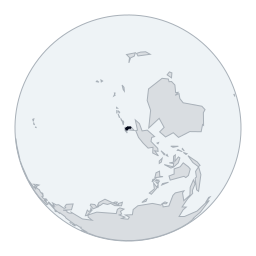 East New Britain on an orthographic globe, rotated 212°
{"feature_id": "PNG-1250", "entity_name": "East New Britain", "entity_type": "Province", "adm_level": 1, "iso_a3": "PNG", "parent_name": "Papua New Guinea", "parent_adm1": "", "projection": "orthographic", "projection_center": [151.672, -5.126], "detail": "fine", "context": "on_globe", "style": "filled", "palette": "ink", "viewbox_px": 256, "rotation_deg": 212, "n_neighbors": 0, "source": "natural_earth", "source_scale": "10m", "svg_char_len": 6723}
<svg xmlns="http://www.w3.org/2000/svg" viewBox="0 0 256 256"><g transform="rotate(212 128 128)"><circle cx="128" cy="128" r="113" fill="#eef3f6" stroke="#a8b0b8"/><path d="M179.4,150.5L179.4,151.4L179.2,151.5L179.4,150.5ZM217.6,59.7L213.4,54.6L202.6,43.6L203.2,44.2L210.8,51.6L217.6,59.7ZM200.3,41.6L199.2,40.7L198.2,40.0L185.3,31.3L176.0,27.6L176.2,28.8L173.7,27.0L176.2,31.4L173.2,32.5L174.7,29.9L173.4,28.7L170.4,28.6L168.4,27.3L165.8,26.7L163.7,25.4L164.7,24.4L163.4,23.6L161.4,23.6L158.0,22.6L161.2,22.6L155.6,20.9L156.3,19.7L166.5,22.2L165.8,21.9L173.2,24.8L180.4,28.3L187.3,32.3L194.0,36.7L200.3,41.6ZM212.7,85.9L211.8,83.4L213.4,84.9L212.7,85.9ZM210.5,82.0L211.0,82.8L210.5,82.1L210.5,82.0ZM209.7,81.5L210.3,81.8L209.7,81.7L209.7,81.5ZM208.6,81.2L209.2,81.3L208.6,81.2ZM206.7,80.0L206.2,79.7L206.7,79.5L206.7,80.0ZM202.1,43.2L201.6,42.7L198.1,40.0L199.4,40.9L201.3,42.5L202.1,43.2ZM192.2,35.9L192.2,35.7L195.3,38.0L194.4,37.4L192.2,35.9ZM176.8,30.2L178.2,30.3L177.5,30.7L176.8,30.2ZM165.8,26.9L166.1,27.3L164.6,26.9L165.8,26.9ZM160.1,24.5L157.7,23.8L160.3,24.3L160.1,24.5ZM156.4,23.3L150.6,21.9L150.6,22.6L147.2,20.1L153.3,21.9L156.5,22.3L155.4,22.6L156.4,23.3ZM146.2,19.1L145.0,18.8L146.5,19.0L146.2,19.1ZM85.2,23.8L86.5,23.3L87.6,22.9L95.0,20.3L94.8,20.4L98.0,19.4L110.4,16.9L111.2,17.3L107.3,18.0L114.7,17.8L115.1,19.0L116.3,18.4L120.7,18.5L120.6,18.1L121.5,17.9L132.7,18.7L134.4,19.5L140.6,20.0L141.2,19.8L140.3,19.3L147.2,20.1L150.6,22.6L149.0,22.8L152.2,24.5L148.0,24.8L146.1,26.2L139.6,26.0L138.6,27.4L140.0,28.0L139.8,30.6L134.3,34.5L132.6,28.7L139.5,23.9L136.1,25.4L135.1,24.4L132.7,24.7L130.5,26.0L131.4,26.5L118.5,26.7L109.5,30.8L114.6,31.3L115.7,33.2L109.9,40.1L92.6,49.2L93.9,53.4L92.6,55.9L88.4,57.1L90.2,53.3L87.8,51.7L89.4,49.6L83.4,50.8L85.4,47.9L79.7,50.6L79.6,53.1L84.2,52.8L78.3,56.8L80.4,61.6L78.4,67.3L67.3,77.0L59.4,80.0L58.4,81.9L56.4,79.7L52.0,83.5L54.2,94.7L53.5,98.0L47.2,104.4L47.4,101.9L42.2,95.9L39.9,103.9L43.8,110.6L45.0,118.7L41.5,116.2L40.3,109.2L38.5,106.8L39.9,99.8L40.3,89.7L36.7,91.8L37.9,87.8L37.8,80.0L33.2,82.9L25.4,94.2L22.7,104.7L20.7,109.7L22.0,95.1L25.0,85.4L24.0,86.6L26.6,79.1L30.3,71.9L34.7,64.9L39.6,58.2L44.9,51.9L50.7,46.1L56.9,40.6L63.5,35.6L70.4,31.2L77.7,27.2L85.2,23.8ZM54.1,211.3L56.0,212.6L55.8,212.9L54.1,211.3ZM68.0,138.3L71.0,138.9L71.0,139.5L68.0,138.3ZM64.8,136.3L68.1,136.6L64.3,137.5L64.8,136.3ZM69.4,136.7L72.9,135.9L74.3,135.1L74.2,136.2L69.4,136.7ZM62.5,136.3L51.3,135.9L47.1,134.5L47.9,132.5L54.7,133.1L62.5,136.3ZM47.6,132.5L41.5,127.1L34.6,111.7L37.0,111.9L44.5,121.0L44.0,122.7L47.7,127.0L47.6,132.5ZM63.2,122.7L62.7,127.7L56.3,127.1L53.5,126.2L51.6,119.8L52.7,116.6L54.9,116.7L64.6,106.2L67.8,109.0L64.5,113.4L67.2,117.8L63.2,122.7ZM22.7,105.7L22.8,111.9L21.9,113.1L22.7,105.7ZM69.3,99.1L64.9,103.5L69.2,97.5L69.3,99.1ZM72.4,93.5L72.3,95.8L71.0,93.5L72.4,93.5ZM57.5,84.9L55.1,85.4L55.5,83.9L58.8,82.3L57.5,84.9ZM76.8,72.2L75.3,76.5L74.3,78.0L73.9,75.3L76.8,72.2ZM109.4,17.0L112.1,16.5L111.4,16.7L109.4,17.0ZM113.7,16.3L112.4,16.5L110.3,16.8L111.3,16.6L113.7,16.3ZM157.7,194.4L160.3,195.8L157.6,199.0L153.4,202.0L148.2,202.3L157.7,194.4ZM120.0,198.0L117.7,193.6L123.0,193.8L122.6,197.5L120.0,198.0ZM160.8,192.2L163.0,188.8L161.8,183.7L164.0,188.5L168.2,189.5L161.6,195.7L160.8,192.2ZM94.6,178.6L76.9,185.6L72.4,184.4L72.2,180.9L65.3,170.3L66.6,170.5L64.0,163.6L73.7,157.7L80.2,146.8L87.1,148.0L91.4,140.3L99.1,141.5L97.7,147.7L106.7,152.7L110.4,139.0L118.2,155.0L126.3,161.5L131.3,172.0L125.4,188.2L119.8,190.9L117.7,189.0L115.7,190.5L111.0,189.3L106.4,183.3L104.4,184.8L105.3,180.7L103.0,184.2L99.6,180.4L94.6,178.6ZM150.6,157.3L152.4,158.0L155.8,161.3L153.0,160.4L150.6,157.3ZM175.1,152.9L176.4,154.4L174.4,154.4L175.1,152.9ZM179.2,151.5L176.9,151.5L179.4,150.5L179.2,151.5ZM157.0,149.4L158.1,150.5L157.5,150.8L157.0,149.4ZM156.3,148.9L157.0,147.5L157.2,149.1L156.3,148.9ZM147.3,139.3L148.1,138.7L148.6,139.4L147.3,139.3ZM75.6,139.2L79.6,135.5L82.1,135.3L75.6,139.2ZM145.7,137.4L143.4,137.0L143.5,136.2L145.7,137.4ZM145.6,135.6L145.3,134.4L147.0,137.3L145.6,135.6ZM141.0,132.4L144.0,134.8L140.7,132.6L141.0,132.4ZM139.4,132.4L137.4,131.3L137.5,130.9L139.4,132.4ZM118.8,131.2L126.1,138.7L120.7,137.8L114.5,133.0L110.5,136.4L100.9,134.8L102.9,132.6L101.4,128.8L92.0,126.5L90.1,124.1L93.3,122.8L87.4,120.5L93.8,119.9L96.6,124.9L100.3,121.6L107.2,123.2L114.1,125.6L120.1,129.9L118.8,131.2ZM94.2,130.5L95.4,130.6L94.4,131.9L94.2,130.5ZM133.6,128.0L136.5,130.8L136.2,131.4L134.8,130.8L133.6,128.0ZM121.4,129.2L127.7,126.1L129.3,126.4L125.2,130.3L121.4,129.2ZM126.0,123.3L129.1,124.3L130.9,126.8L130.3,127.3L126.0,123.3ZM81.1,125.0L80.9,126.3L79.3,125.2L81.1,125.0ZM83.1,124.4L88.0,126.2L82.7,125.4L83.1,124.4ZM69.2,119.0L70.4,122.1L74.5,120.3L71.4,123.0L74.4,128.3L73.6,130.3L70.6,124.5L69.9,130.2L68.1,130.1L66.9,125.0L68.6,119.1L70.4,116.8L77.9,116.2L69.2,119.0ZM83.0,120.5L81.7,116.8L82.7,114.5L84.0,116.5L83.0,120.5ZM78.4,108.1L75.5,103.9L72.5,105.3L78.9,100.1L80.5,104.9L78.4,108.1ZM76.5,99.2L73.7,100.4L76.8,97.4L76.5,99.2ZM73.2,99.1L73.2,96.3L75.3,96.8L73.2,99.1ZM77.9,99.4L79.0,94.9L79.7,97.6L77.9,99.4ZM73.4,90.3L77.1,94.9L71.6,92.8L73.1,84.2L75.5,84.1L73.4,90.3ZM97.7,59.4L98.0,57.3L100.7,57.1L99.7,58.5L97.7,59.4ZM109.8,55.4L101.5,56.4L95.0,57.6L96.3,58.7L93.4,62.1L92.3,58.6L98.0,55.2L102.7,54.9L104.9,52.3L109.2,50.9L110.5,47.6L112.9,46.4L113.2,49.4L109.8,55.4ZM110.9,46.2L114.7,41.0L119.1,42.4L119.2,43.8L115.6,45.5L113.5,44.7L110.9,46.2ZM116.9,40.2L114.9,39.4L116.3,32.1L117.7,31.0L119.0,36.8L117.1,36.4L116.0,38.1L116.9,40.2ZM144.6,19.0L144.9,18.8L145.5,19.1L144.6,19.0ZM121.4,17.7L122.8,17.5L123.4,17.7L121.4,17.7ZM126.9,17.1L125.2,17.0L127.5,17.0L126.9,17.1ZM121.3,16.8L124.8,16.9L120.7,17.0L121.3,16.8Z" fill="#d9dde1" stroke="#a8b0b8" stroke-width="1"/><path d="M128.0,127.7L128.0,127.4L128.0,127.2L127.9,126.9L127.9,126.7L127.7,126.5L127.7,126.4L127.7,126.2L127.8,126.1L128.0,126.2L128.3,126.2L128.4,126.3L128.5,126.4L128.7,126.2L128.8,126.2L129.0,126.1L129.1,126.3L129.0,126.2L129.0,126.3L129.3,126.5L129.4,126.4L129.5,126.4L129.5,126.5L129.4,126.7L129.3,126.8L129.4,127.0L129.4,127.3L129.3,127.5L129.2,127.6L129.0,127.8L128.9,127.8L128.8,127.7L128.7,127.7L128.6,127.8L128.6,128.0L128.8,128.2L128.9,128.3L128.9,128.5L128.7,128.7L128.6,128.8L128.4,128.8L128.2,128.9L127.9,128.9L127.7,128.8L127.6,129.0L127.5,129.3L127.4,129.3L127.2,129.4L127.2,129.5L126.9,129.7L126.8,129.8L126.7,129.8L126.4,129.8L126.3,129.7L126.3,129.8L126.3,130.0L126.2,130.0L126.2,129.9L126.0,129.7L125.9,129.6L125.9,129.4L126.0,129.3L126.1,129.2L126.3,129.2L126.5,129.2L126.7,128.9L126.8,129.0L127.0,128.9L127.1,128.7L127.2,128.2L127.4,127.9L127.6,127.8L128.0,127.8L128.0,127.7L128.0,127.7Z" fill="#0f172a" stroke="#020617" stroke-width="1.5"/></g></svg>